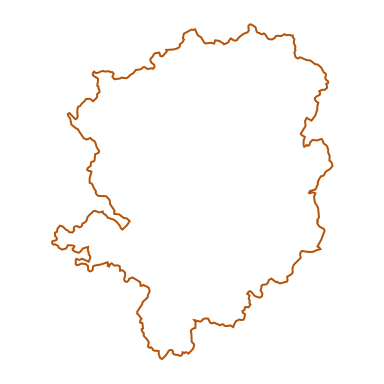 Teófilo Otoni, Minas Gerais, Brazil, rotated 179°
{"feature_id": "56859067B52692948196540", "entity_name": "Teófilo Otoni", "entity_type": "district", "adm_level": 2, "iso_a3": "BRA", "parent_name": "Brazil", "parent_adm1": "Minas Gerais", "projection": "albers", "projection_center": [-41.347, -17.686], "detail": "fine", "context": "isolated", "style": "outline", "palette": "amber", "viewbox_px": 384, "rotation_deg": 179, "n_neighbors": 0, "source": "geoboundaries", "source_scale": "gbopen_adm2", "svg_char_len": 5934}
<svg xmlns="http://www.w3.org/2000/svg" viewBox="0 0 384 384"><g transform="rotate(179 192 192)"><path d="M287.8,314.1L289.0,312.5L289.2,310.9L287.9,309.5L284.1,307.1L284.0,305.2L284.9,299.9L283.6,298.9L283.8,297.4L282.9,295.9L282.7,293.5L285.1,291.6L285.3,288.3L289.2,284.4L291.4,286.3L293.0,286.9L296.3,286.9L297.9,284.6L300.4,282.6L302.4,280.0L304.3,279.2L305.1,277.4L305.3,272.1L304.9,270.0L305.6,267.7L307.3,266.8L313.2,273.1L314.7,272.3L314.6,270.7L312.5,267.5L311.4,261.5L306.8,257.6L305.4,257.2L299.3,247.6L296.3,246.3L292.7,247.8L290.5,245.5L288.8,244.8L287.7,242.8L286.5,238.4L284.1,234.6L284.7,232.8L288.1,231.5L288.9,225.4L289.7,224.3L291.4,224.1L292.5,223.3L292.8,219.9L295.9,217.7L296.5,216.2L295.1,214.9L293.3,214.7L292.2,213.9L294.2,207.0L294.1,202.9L292.1,202.1L291.1,200.5L290.1,197.6L288.1,194.6L288.3,192.7L287.2,190.9L285.6,189.7L278.0,189.3L275.1,186.3L274.3,184.3L274.1,181.3L269.7,174.6L270.3,172.9L270.0,171.4L265.3,170.9L260.7,167.3L257.4,166.6L254.8,163.9L257.7,159.8L262.2,155.7L263.7,157.0L265.1,160.1L268.2,163.8L270.4,165.6L276.5,167.7L278.4,170.2L281.2,172.3L281.6,174.1L285.1,173.1L288.8,174.7L290.8,174.6L295.7,170.1L296.9,168.6L298.0,165.1L299.4,163.6L302.2,162.2L302.5,160.3L303.7,159.2L305.1,158.6L307.6,160.0L310.2,159.3L310.9,157.8L310.4,155.8L312.2,153.6L315.4,154.0L316.7,155.6L318.6,156.4L321.8,159.7L324.7,160.6L327.0,157.9L327.8,154.5L329.8,153.7L329.6,150.4L328.0,148.5L328.0,146.8L329.1,146.0L332.3,145.3L332.9,143.5L331.7,141.9L330.1,142.1L326.9,140.5L326.2,138.6L322.9,136.7L318.9,137.7L317.0,141.0L312.0,140.6L310.5,139.8L311.2,138.2L312.4,137.4L312.2,135.9L309.8,134.3L306.3,133.2L304.6,134.3L302.1,137.4L296.9,138.9L297.2,135.1L296.3,133.6L296.5,131.8L295.0,129.6L294.8,127.9L296.6,124.1L302.8,127.1L306.1,126.0L308.8,127.2L309.4,126.0L309.5,121.9L308.4,120.9L306.8,121.0L303.6,122.4L299.6,121.8L297.4,119.9L297.0,115.4L295.4,114.4L293.9,114.8L292.6,116.0L292.2,119.3L290.9,120.1L284.8,121.0L277.7,123.2L277.2,121.7L277.6,119.7L276.3,118.9L274.7,121.7L273.5,122.0L271.0,119.8L267.1,119.9L265.6,119.0L265.2,114.5L263.6,115.0L262.2,114.5L260.3,112.5L260.3,109.7L261.3,106.5L261.2,104.8L260.1,103.5L258.5,103.3L256.9,104.7L256.3,106.4L252.9,107.6L245.4,102.8L245.0,99.1L243.7,99.1L242.3,99.9L237.1,97.2L236.1,94.2L236.4,92.5L238.0,89.5L238.1,87.5L243.3,82.8L243.8,80.6L248.8,73.4L248.9,71.2L247.6,70.2L244.7,66.0L245.9,64.6L246.2,62.4L244.2,62.0L243.7,60.7L243.4,56.3L244.8,55.7L244.3,53.6L242.6,51.4L242.9,49.8L242.3,48.5L239.5,45.4L237.8,42.4L238.7,38.3L237.3,37.0L235.7,37.4L234.5,36.4L233.8,34.8L232.6,34.1L228.1,33.6L228.0,30.4L226.8,26.6L224.9,25.5L221.4,28.6L217.8,33.8L216.6,34.4L214.5,34.1L213.8,32.6L214.0,31.2L212.9,30.2L211.6,29.5L208.9,29.5L207.5,28.4L205.9,28.6L204.6,29.7L204.2,31.9L202.6,31.1L201.2,31.9L199.7,31.6L198.3,30.5L194.3,34.5L193.3,36.0L192.5,39.6L194.9,42.2L195.1,50.7L195.7,52.6L195.0,54.3L192.8,55.6L191.0,56.0L190.7,61.9L191.9,63.8L186.2,62.3L184.8,62.7L183.8,64.1L181.8,65.3L178.2,65.2L175.9,60.8L174.0,60.3L172.5,61.1L166.4,58.3L164.6,59.2L162.9,59.0L161.9,57.7L159.9,57.3L155.8,57.9L153.1,56.2L152.0,59.3L150.2,62.2L146.8,63.6L144.3,63.1L142.4,63.6L141.0,68.3L141.7,69.5L143.3,70.2L143.6,72.1L141.7,73.1L140.7,76.1L137.4,75.8L135.5,78.5L136.5,79.9L136.2,82.3L137.2,84.3L136.3,87.3L137.2,88.5L138.6,89.1L137.7,90.6L136.2,91.8L134.6,91.3L131.1,86.9L126.6,85.2L125.0,85.7L123.8,86.9L123.4,89.0L125.2,92.7L124.3,95.0L124.2,97.0L122.9,98.0L119.3,98.4L117.9,99.5L116.7,102.6L115.5,103.3L114.1,104.0L109.7,100.5L108.2,100.7L107.0,99.6L105.2,99.1L98.6,100.8L98.0,102.2L98.3,105.7L94.5,107.7L92.8,109.4L92.8,114.3L91.5,117.5L84.5,124.2L85.0,127.7L84.6,129.5L83.2,131.1L76.4,130.0L72.3,130.0L68.1,131.8L64.6,132.6L66.0,134.5L67.5,135.3L63.5,142.3L60.1,150.9L60.7,152.7L65.2,155.2L67.4,158.4L66.6,160.0L67.4,161.2L65.5,164.5L66.2,174.1L69.4,179.7L70.1,185.3L68.6,188.5L70.3,189.3L72.4,189.4L73.9,188.6L75.1,189.1L74.0,190.9L68.4,192.5L65.9,197.9L66.1,199.6L64.1,203.7L62.5,205.6L61.0,205.7L59.6,206.9L58.2,209.8L53.2,212.9L51.1,215.6L51.5,217.9L52.4,219.8L54.1,221.1L53.7,225.5L55.3,229.5L55.0,231.6L56.0,234.8L56.9,236.3L59.4,238.2L61.1,242.5L62.6,242.6L65.6,241.4L70.7,241.9L73.2,239.3L73.6,237.2L75.0,236.3L76.6,237.1L77.4,236.0L79.0,235.3L79.6,237.0L79.5,241.4L78.2,245.1L81.5,247.1L82.2,248.5L77.3,255.9L77.7,261.1L76.0,264.1L71.3,261.3L67.4,266.3L65.4,272.1L65.1,276.0L64.1,279.0L66.5,280.6L67.6,282.4L67.5,283.9L65.9,285.3L62.6,286.9L62.2,288.7L63.0,290.6L59.8,292.0L58.0,291.7L55.4,293.5L55.1,295.0L55.9,297.8L54.1,298.5L53.9,300.1L56.2,302.1L56.8,303.6L55.9,307.1L56.7,308.5L58.1,309.2L60.7,314.3L64.3,317.4L65.8,317.4L67.4,318.2L71.1,321.3L75.3,322.0L80.6,324.4L81.9,324.8L83.6,323.6L85.3,324.3L86.3,325.7L87.2,329.9L86.1,331.9L86.5,333.8L86.0,335.4L87.7,339.3L87.0,343.1L88.2,344.5L88.5,346.7L90.0,346.6L91.3,347.3L94.9,347.2L96.6,348.2L100.0,346.4L103.8,346.7L105.6,346.3L106.3,344.8L109.3,343.1L112.2,343.5L113.5,344.1L116.1,348.3L117.4,349.3L118.8,348.5L120.3,348.6L121.6,349.7L123.2,350.0L124.5,351.1L125.7,355.8L129.8,358.5L131.4,358.5L132.8,356.8L132.4,352.3L133.7,350.7L137.3,349.4L140.5,347.3L143.4,344.7L144.0,343.4L145.5,342.6L147.7,342.9L150.5,344.9L152.4,342.6L153.1,340.9L157.5,339.1L158.6,340.4L162.2,342.6L166.1,343.3L167.3,340.0L170.6,340.9L175.7,340.3L177.0,341.0L180.1,346.4L183.6,348.7L186.1,354.6L187.8,354.1L189.6,354.4L197.3,350.5L198.5,345.8L197.3,344.6L199.0,341.9L201.7,339.7L201.5,338.1L202.4,336.8L205.1,335.5L208.3,334.8L215.3,334.5L214.8,332.9L219.1,328.2L221.1,328.4L222.3,331.9L226.3,331.5L227.9,330.2L228.7,328.4L231.3,325.7L231.2,324.0L230.4,322.1L227.6,319.9L227.3,317.7L228.6,315.9L230.3,316.4L234.4,315.7L237.0,317.6L238.5,317.7L240.8,315.7L246.2,314.9L248.6,311.8L251.5,310.2L254.5,307.4L255.8,306.9L260.6,307.6L262.0,306.7L267.5,306.1L269.6,308.6L268.2,311.6L269.4,313.2L271.6,313.4L273.1,314.3L276.1,313.9L279.5,314.6L284.2,312.8L286.1,312.6L287.8,314.1Z" fill="none" stroke="#b45309" stroke-width="2"/></g></svg>